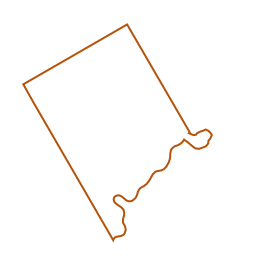 the district of Nemaha, Nebraska, United States of America, rotated 60°
{"feature_id": "52423323B47772109316300", "entity_name": "Nemaha", "entity_type": "district", "adm_level": 2, "iso_a3": "USA", "parent_name": "United States of America", "parent_adm1": "Nebraska", "projection": "equal_earth", "projection_center": [-95.661, 40.412], "detail": "fine", "context": "isolated", "style": "outline", "palette": "amber", "viewbox_px": 256, "rotation_deg": 60, "n_neighbors": 0, "source": "geoboundaries", "source_scale": "gbopen_adm2", "svg_char_len": 1248}
<svg xmlns="http://www.w3.org/2000/svg" viewBox="0 0 256 256"><g transform="rotate(60 128 128)"><path d="M37.8,196.8L57.6,197.1L217.7,196.9L217.0,196.2L216.9,195.7L216.3,194.2L216.3,192.8L218.0,188.1L218.2,185.8L218.0,184.6L217.4,183.4L215.5,181.3L214.3,180.6L212.2,179.8L207.4,179.6L205.5,178.6L204.5,177.9L201.5,174.9L199.3,173.6L197.4,173.0L196.3,172.8L194.8,173.1L192.9,173.7L188.3,175.9L186.3,176.6L185.2,176.8L183.0,176.3L182.1,175.7L181.0,174.4L180.8,173.5L180.8,172.1L181.2,170.4L182.3,169.0L184.3,167.6L189.2,165.9L190.6,165.1L192.2,163.6L192.9,161.8L193.1,160.6L192.7,158.0L192.4,156.8L191.6,155.1L190.0,153.1L188.1,151.2L186.7,148.9L186.2,147.3L186.1,145.0L186.3,143.5L185.7,139.5L183.8,135.3L180.4,129.5L179.6,126.2L179.8,124.8L180.7,122.2L181.4,120.3L181.6,117.6L180.7,114.3L178.2,110.0L176.0,107.5L174.1,105.9L171.6,104.4L168.5,101.7L168.0,100.7L167.4,98.7L167.2,97.3L167.4,95.8L167.8,93.8L167.9,90.6L167.5,88.1L166.1,85.2L167.6,84.7L168.9,83.9L177.3,80.8L179.5,79.7L181.6,76.8L182.8,70.2L182.4,68.4L181.5,66.3L179.3,64.7L178.1,61.7L176.0,58.9L173.5,59.0L170.6,59.8L168.1,61.5L167.9,64.4L167.3,67.0L167.0,70.7L167.8,72.5L167.1,74.6L163.1,77.8L162.6,76.7L37.9,77.0L37.8,196.8Z" fill="none" stroke="#b45309" stroke-width="2"/></g></svg>